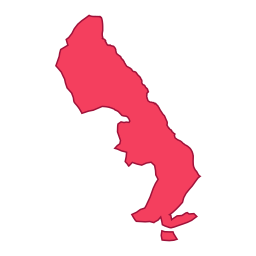 Kota Gunungsitoli, Sumatera Utara, Indonesia (Albers equal-area conic projection)
{"feature_id": "22746128B74256869593133", "entity_name": "Kota Gunungsitoli", "entity_type": "district", "adm_level": 2, "iso_a3": "IDN", "parent_name": "Indonesia", "parent_adm1": "Sumatera Utara", "projection": "albers", "projection_center": [97.596, 1.252], "detail": "fine", "context": "isolated", "style": "filled", "palette": "rose", "viewbox_px": 256, "rotation_deg": 0, "n_neighbors": 0, "source": "geoboundaries", "source_scale": "gbopen_adm2", "svg_char_len": 5615}
<svg xmlns="http://www.w3.org/2000/svg" viewBox="0 0 256 256"><path d="M200.1,176.3L199.9,176.2L198.8,175.4L198.6,174.9L197.9,173.9L196.6,171.5L195.5,170.3L195.0,169.6L194.6,168.8L194.2,168.0L193.7,166.8L193.4,165.5L193.3,164.7L193.2,163.6L193.1,161.1L193.2,157.4L193.2,156.1L193.1,155.2L193.0,154.9L192.9,154.6L192.9,154.3L192.5,152.8L192.3,152.4L192.2,151.9L191.8,151.1L190.9,149.5L190.3,148.7L189.8,148.1L188.5,147.0L187.8,146.4L187.3,146.1L186.8,145.7L186.2,145.4L185.3,145.0L184.7,144.6L184.3,144.3L184.0,143.9L183.2,143.5L182.8,143.1L181.5,141.8L180.5,141.1L179.6,140.6L179.2,140.5L178.6,140.2L177.6,139.7L176.9,139.3L176.3,138.8L175.5,138.2L175.0,137.7L174.9,137.5L174.6,136.1L174.5,135.7L174.4,135.3L174.5,134.9L174.8,134.5L174.8,133.9L174.7,133.7L174.3,133.6L173.7,133.3L173.4,133.0L173.2,132.8L173.1,132.7L172.9,132.3L172.7,132.2L172.0,131.7L171.8,131.5L171.8,130.9L171.7,130.8L171.3,130.5L171.1,130.0L171.0,129.8L170.7,129.7L170.4,129.6L170.2,129.5L169.6,129.0L169.3,128.5L169.2,128.5L168.9,128.4L168.8,127.8L168.6,127.7L168.1,127.1L167.4,125.8L167.2,125.6L167.0,125.3L166.9,124.8L166.9,124.7L167.1,124.5L167.2,124.0L167.2,122.8L167.2,122.3L167.1,121.9L166.6,120.7L166.2,119.9L164.9,116.8L164.3,115.6L163.6,115.0L162.7,113.9L162.4,113.6L162.3,113.3L161.4,111.9L160.5,110.6L160.4,110.4L160.1,109.9L159.6,109.1L159.3,108.3L159.0,107.8L158.7,107.3L158.4,107.0L157.8,105.8L157.5,105.5L157.1,105.1L156.3,104.5L155.8,103.6L155.6,103.5L155.4,103.4L155.2,103.6L154.9,103.7L154.5,103.7L154.4,103.4L154.2,103.2L153.8,102.6L153.5,102.6L153.3,102.6L153.0,102.6L152.3,102.5L151.8,102.4L151.5,102.2L151.3,102.2L151.0,102.2L150.6,102.2L150.0,102.1L149.5,101.8L148.6,101.2L148.1,100.8L147.8,100.4L147.7,100.1L147.6,99.4L147.4,98.9L147.2,98.6L147.0,98.2L147.1,97.8L146.7,96.9L146.7,96.4L146.7,95.8L146.7,95.4L146.9,95.1L146.8,93.8L146.8,93.6L147.0,93.5L147.1,93.0L147.5,92.5L147.6,92.3L148.1,92.0L148.3,92.0L148.4,91.8L148.3,91.6L148.2,91.4L147.9,90.5L147.8,90.2L147.6,90.1L147.6,89.8L147.5,89.7L147.5,89.2L147.3,88.9L146.9,88.4L146.5,88.3L146.2,87.8L145.9,87.6L145.5,87.1L145.2,86.5L145.0,86.0L144.5,85.4L143.8,84.9L143.3,84.9L143.0,84.7L142.2,83.7L142.0,83.2L141.8,82.6L141.8,82.2L141.9,81.1L141.7,80.2L141.5,79.7L141.1,79.3L140.9,78.8L140.8,78.6L140.5,77.9L140.3,77.5L139.6,76.6L139.1,76.1L138.4,75.6L138.3,75.4L138.0,75.1L137.8,74.9L137.6,74.7L137.2,74.0L136.5,73.3L136.5,73.0L136.3,72.7L136.0,72.4L135.7,72.2L135.4,72.0L134.5,71.6L133.9,71.6L133.6,71.6L132.9,71.2L132.1,70.4L131.8,69.8L131.7,69.4L131.4,69.2L130.1,68.1L129.5,67.8L129.1,67.6L128.2,67.1L126.9,66.4L126.6,66.2L126.4,65.9L126.1,65.3L125.7,64.8L125.4,64.3L125.2,63.8L124.8,63.3L124.5,62.8L124.2,61.9L123.9,61.5L123.2,60.1L122.6,59.9L122.4,59.7L122.4,59.4L121.1,58.0L121.0,57.8L121.0,57.3L120.8,57.0L120.8,56.9L120.2,56.3L119.7,55.9L119.4,55.7L119.2,55.6L118.9,55.4L118.3,55.0L118.0,54.7L117.2,54.1L116.9,53.8L116.5,53.3L116.1,52.2L116.1,51.9L115.9,51.2L115.8,50.7L115.7,50.5L115.7,50.3L115.7,50.1L115.7,49.7L115.7,49.4L115.1,48.2L114.8,47.7L114.7,47.6L114.3,47.1L114.0,46.8L113.8,46.5L113.7,46.4L113.4,46.3L113.3,46.2L113.1,46.2L112.1,46.0L112.0,45.9L111.4,45.8L111.1,45.8L110.4,45.2L110.0,45.0L109.8,45.0L109.6,45.2L109.3,45.4L109.1,45.5L108.6,45.2L108.3,45.0L108.2,45.0L107.9,45.2L107.6,45.1L107.4,44.9L106.9,44.1L106.6,43.6L106.5,43.4L106.4,43.3L106.1,42.5L105.4,41.6L105.3,41.4L105.4,41.2L105.6,41.3L105.6,41.2L105.6,40.8L105.6,40.6L105.1,40.0L104.7,39.6L104.1,39.2L103.6,38.9L103.0,38.7L102.6,38.6L102.4,38.5L102.4,38.3L102.4,38.2L102.6,38.1L102.8,37.7L102.7,37.2L102.3,35.9L102.3,35.4L102.2,34.0L102.3,32.9L102.7,30.7L102.7,29.1L102.7,26.5L102.6,24.0L102.3,21.1L102.1,20.2L101.9,19.2L101.4,17.7L101.2,17.4L100.9,17.4L100.7,17.4L100.4,17.3L100.4,17.1L100.4,16.9L100.2,16.6L99.9,16.5L99.1,16.6L95.6,16.5L93.9,16.5L92.3,16.4L91.2,16.2L90.1,15.9L89.1,15.4L85.9,17.8L81.7,20.8L77.8,24.2L74.4,28.6L71.9,33.5L68.8,37.5L66.2,39.5L67.3,43.3L67.9,45.2L60.7,49.5L59.7,53.1L59.2,56.4L55.9,65.8L58.2,68.4L61.3,72.1L63.0,75.8L64.6,79.0L65.5,83.1L67.1,87.9L71.8,93.2L71.7,93.3L72.2,94.6L72.7,95.8L73.3,97.5L73.5,98.6L73.7,100.3L74.0,101.7L74.5,102.6L75.8,104.2L76.8,105.3L77.9,106.7L79.4,108.8L80.0,109.9L80.5,110.6L80.8,111.3L81.5,112.4L81.9,113.3L84.7,112.4L88.5,111.1L93.2,110.2L102.2,106.4L106.1,106.7L108.9,107.2L111.5,108.0L114.2,109.1L115.0,109.9L116.9,110.7L118.4,111.6L121.9,115.4L123.6,115.9L126.1,116.2L127.6,117.0L129.2,119.4L129.8,121.1L129.0,122.4L126.3,122.1L124.0,122.5L121.0,121.9L119.6,122.9L118.0,124.0L117.7,125.8L117.6,128.0L117.5,131.9L120.5,140.5L119.8,143.8L117.3,145.6L114.8,148.3L117.5,149.1L121.6,150.9L125.2,151.8L126.6,152.3L126.2,156.7L125.2,161.6L127.1,163.7L128.6,166.0L129.1,165.8L132.3,162.4L136.9,164.0L141.7,165.1L146.5,163.0L148.2,162.7L150.1,162.4L151.1,162.2L154.6,165.5L155.5,170.3L155.8,174.9L158.1,179.3L155.5,183.5L153.3,188.2L150.1,197.1L146.1,205.7L144.7,208.1L140.4,209.5L136.5,212.3L131.8,214.5L133.5,217.5L135.1,220.0L136.3,221.3L145.2,221.8L149.8,221.5L153.9,222.6L154.1,222.3L158.2,220.0L160.7,217.0L161.8,221.3L162.4,224.7L164.8,225.9L169.3,227.5L171.0,227.8L174.2,227.0L178.7,225.4L183.1,223.9L187.5,222.3L191.7,220.3L195.4,217.5L196.8,216.5L193.9,213.6L189.1,214.0L187.2,212.6L185.8,213.0L181.9,215.5L177.1,215.9L173.2,218.5L171.6,219.7L170.8,215.3L169.5,214.7L172.5,212.5L176.0,209.3L179.3,205.9L182.5,202.3L183.7,197.7L186.0,193.4L189.1,189.5L192.2,186.0L194.9,182.2L197.9,178.1L200.1,176.3ZM164.7,231.7L161.9,230.8L161.2,235.4L162.1,240.0L164.7,240.3L169.3,240.6L173.9,240.2L177.1,239.2L176.2,237.9L173.7,233.8L173.0,231.9L169.4,231.9L164.7,231.7Z" fill="#f43f5e" stroke="#9f1239" stroke-width="1.5"/></svg>